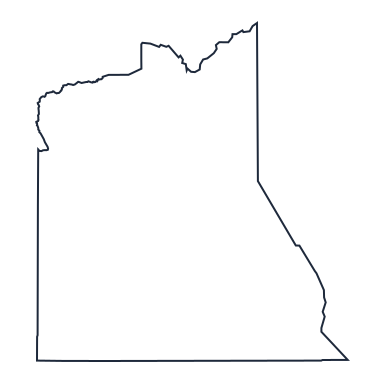 the district of Graham, Arizona, United States of America
{"feature_id": "52423323B31038299720868", "entity_name": "Graham", "entity_type": "district", "adm_level": 2, "iso_a3": "USA", "parent_name": "United States of America", "parent_adm1": "Arizona", "projection": "orthographic", "projection_center": [-110.126, 33.039], "detail": "fine", "context": "isolated", "style": "outline", "palette": "slate", "viewbox_px": 384, "rotation_deg": 0, "n_neighbors": 0, "source": "geoboundaries", "source_scale": "gbopen_adm2", "svg_char_len": 1904}
<svg xmlns="http://www.w3.org/2000/svg" viewBox="0 0 384 384"><path d="M38.2,149.4L37.9,205.7L37.9,206.4L37.6,335.2L37.1,336.7L37.0,360.6L60.8,360.9L102.3,361.0L321.2,360.6L322.5,360.0L347.7,359.9L321.4,331.8L321.4,328.0L324.7,316.6L322.7,311.8L325.7,302.4L324.1,297.5L323.9,290.1L316.5,273.3L314.8,271.0L299.4,245.6L295.8,245.5L257.9,181.1L257.0,23.0L252.6,26.1L249.6,31.3L243.4,32.1L242.4,30.4L236.4,34.1L232.5,34.1L232.2,37.3L228.3,42.3L219.3,42.2L215.9,45.1L216.7,48.9L213.8,53.2L207.3,58.4L203.1,59.5L200.2,64.4L199.7,69.5L194.9,72.1L191.1,71.8L187.5,68.6L186.7,70.4L185.8,64.1L182.2,63.0L182.9,59.6L180.4,55.7L178.6,57.4L168.6,45.8L166.3,46.8L160.7,44.8L159.1,46.9L150.4,43.6L142.4,42.8L141.3,44.3L141.3,59.6L141.4,68.7L128.5,74.8L124.0,74.8L123.3,74.8L112.7,74.9L108.6,74.9L102.7,76.8L102.7,77.9L101.5,79.2L100.1,79.3L99.6,79.5L98.7,79.6L98.4,79.1L97.1,80.0L97.5,80.8L97.1,81.4L96.1,81.2L95.3,82.0L94.1,82.2L93.7,81.7L92.9,81.9L92.5,82.6L91.0,82.3L90.1,81.9L88.3,81.3L87.5,82.0L86.2,82.0L83.8,82.5L81.6,83.0L79.3,82.1L78.2,81.8L76.6,83.1L74.8,84.5L73.1,85.0L71.7,84.5L70.2,84.3L68.1,83.9L66.4,85.2L64.7,85.2L63.2,85.6L63.2,86.9L61.9,88.1L61.9,89.3L61.3,90.6L60.9,90.6L60.2,91.8L58.8,93.0L57.3,93.1L56.7,93.4L54.5,92.3L53.6,91.4L52.7,91.4L52.1,92.1L50.0,92.4L48.0,93.0L47.1,92.8L46.3,93.4L45.7,94.8L45.4,96.0L44.6,96.8L43.9,96.5L42.7,96.4L41.2,97.2L39.7,99.1L39.8,100.5L39.8,101.1L39.7,101.7L38.7,102.3L37.7,103.0L38.1,104.3L38.8,105.2L39.2,106.5L38.5,107.7L38.5,108.8L38.7,110.5L38.8,112.0L38.9,114.0L38.0,115.5L38.3,116.9L38.3,118.2L38.3,119.6L38.5,119.9L38.1,121.0L37.4,121.3L36.3,121.8L36.4,122.8L36.9,122.9L37.2,124.2L36.9,125.3L37.6,126.0L38.3,128.1L38.3,129.6L39.4,130.7L39.3,132.1L40.6,133.4L41.1,134.3L43.8,139.2L44.9,142.2L47.6,146.8L48.1,148.7L47.8,149.8L46.3,150.2L44.8,150.1L43.0,150.3L41.5,151.1L39.2,150.9L38.4,149.6L38.2,149.4Z" fill="none" stroke="#1e293b" stroke-width="2"/></svg>